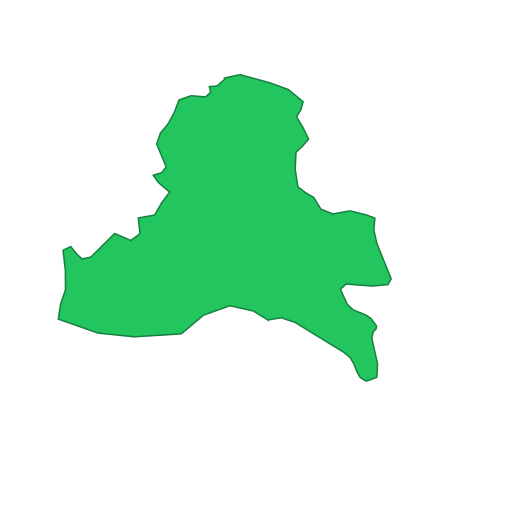 outline of Causeni, rotated 302°
{"feature_id": "MDA-1649", "entity_name": "Causeni", "entity_type": "District", "adm_level": 1, "iso_a3": "MDA", "parent_name": "Moldova", "parent_adm1": "", "projection": "equal_earth", "projection_center": [29.315, 46.605], "detail": "fine", "context": "isolated", "style": "filled", "palette": "green", "viewbox_px": 512, "rotation_deg": 302, "n_neighbors": 0, "source": "natural_earth", "source_scale": "10m", "svg_char_len": 1236}
<svg xmlns="http://www.w3.org/2000/svg" viewBox="0 0 512 512"><g transform="rotate(302 256 256)"><path d="M217.1,422.7L208.3,415.9L208.1,408.9L211.7,402.4L216.4,396.1L219.8,389.6L220.8,381.7L220.4,324.6L217.0,310.1L208.6,300.6L208.0,300.6L208.0,300.4L207.9,282.8L199.9,260.1L177.9,242.8L150.4,233.9L122.9,195.5L106.9,162.9L97.7,121.8L111.7,115.8L126.5,112.3L143.1,101.7L158.6,89.3L165.8,93.9L162.5,103.6L161.4,110.1L167.5,116.5L200.2,124.2L202.8,141.6L213.5,145.8L225.9,136.0L237.0,148.3L251.0,147.8L264.4,148.9L266.6,134.1L270.1,126.1L276.7,131.9L284.0,132.6L298.3,112.5L309.5,109.8L320.7,111.4L334.0,110.7L347.6,108.0L357.5,116.0L364.3,129.0L370.9,130.8L374.9,126.7L379.5,132.8L389.3,135.8L390.1,134.9L390.3,135.1L395.2,140.0L401.3,146.3L410.1,175.5L414.3,195.1L411.8,214.2L404.2,216.5L395.6,216.6L389.8,227.8L383.0,238.7L374.2,237.3L365.1,235.0L350.3,243.3L336.9,254.9L336.0,264.3L336.2,274.0L330.1,286.3L332.4,298.8L344.1,311.8L349.5,328.5L351.0,336.5L351.0,336.8L340.7,342.0L330.9,351.6L308.2,382.8L301.6,383.0L292.2,370.7L280.0,347.3L272.6,345.2L263.4,358.9L261.8,367.1L264.2,380.7L263.9,386.8L260.4,395.5L257.7,396.5L254.1,395.5L247.8,397.6L228.8,416.4L217.1,422.7Z" fill="#22c55e" stroke="#15803d" stroke-width="1.5"/></g></svg>